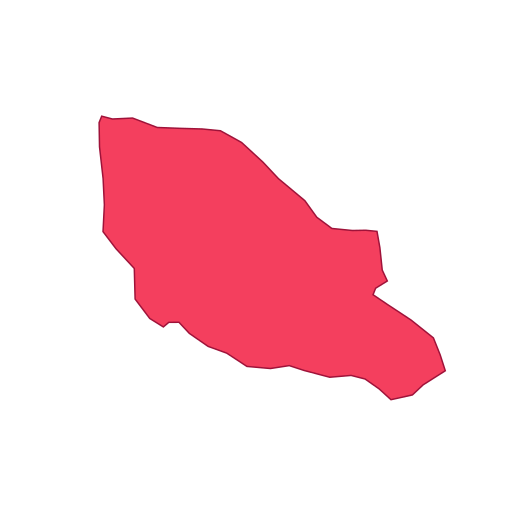 outline of Agios Thomas, Limassol, Cyprus, rotated 157°
{"feature_id": "46923920B96977805113919", "entity_name": "Agios Thomas", "entity_type": "district", "adm_level": 2, "iso_a3": "CYP", "parent_name": "Cyprus", "parent_adm1": "Limassol", "projection": "albers", "projection_center": [32.73, 34.71], "detail": "fine", "context": "isolated", "style": "filled", "palette": "rose", "viewbox_px": 512, "rotation_deg": 157, "n_neighbors": 0, "source": "geoboundaries", "source_scale": "gbopen_adm2", "svg_char_len": 800}
<svg xmlns="http://www.w3.org/2000/svg" viewBox="0 0 512 512"><g transform="rotate(157 256 256)"><path d="M126.6,76.4L125.1,93.0L124.7,111.3L138.3,136.5L154.0,160.1L163.4,174.6L158.5,179.6L144.9,181.7L145.3,193.7L138.7,215.3L135.0,231.4L144.9,236.8L157.3,241.8L175.4,251.7L184.9,267.9L189.4,287.8L205.1,318.4L212.9,339.6L224.9,366.1L239.8,385.2L255.8,393.9L276.5,403.4L296.7,412.9L315.7,431.2L334.6,438.2L343.4,445.0L348.3,440.1L357.4,417.6L366.5,387.0L375.6,362.3L387.3,338.2L382.0,317.3L372.9,292.1L384.1,263.6L378.2,240.0L369.0,226.9L362.2,229.0L352.8,225.1L347.6,210.8L335.4,191.5L320.9,178.0L307.5,157.9L286.7,146.8L268.2,142.1L256.4,131.8L235.5,115.6L215.1,108.9L203.7,100.2L194.6,85.6L187.9,71.0L166.3,67.0L152.5,72.1L126.6,76.4Z" fill="#f43f5e" stroke="#9f1239" stroke-width="1.5"/></g></svg>